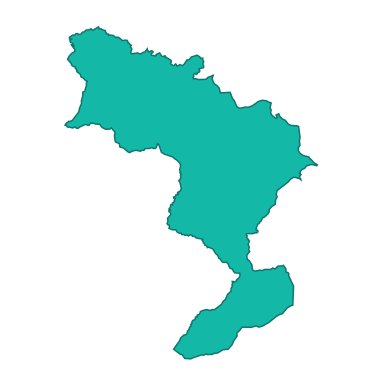 outline of San Calixto, Norte de Santander, Colombia, rotated 89°
{"feature_id": "7082276B87116730162989", "entity_name": "San Calixto", "entity_type": "district", "adm_level": 2, "iso_a3": "COL", "parent_name": "Colombia", "parent_adm1": "Norte de Santander", "projection": "orthographic", "projection_center": [-73.16, 8.446], "detail": "fine", "context": "isolated", "style": "filled", "palette": "teal", "viewbox_px": 384, "rotation_deg": 89, "n_neighbors": 0, "source": "geoboundaries", "source_scale": "gbopen_adm2", "svg_char_len": 5951}
<svg xmlns="http://www.w3.org/2000/svg" viewBox="0 0 384 384"><g transform="rotate(89 192 192)"><path d="M167.0,66.2L164.9,69.5L161.5,72.4L160.8,73.6L159.1,74.5L157.3,80.6L156.5,81.7L155.1,83.4L152.5,84.9L149.8,85.0L147.2,83.2L142.9,83.7L139.2,83.0L128.3,84.3L127.6,86.4L127.2,91.5L126.1,94.3L122.0,97.4L120.6,100.3L117.8,102.9L115.3,103.9L116.5,106.6L119.1,105.4L119.9,106.9L116.4,111.1L113.9,112.0L111.2,111.4L109.5,112.6L104.4,111.3L103.0,114.8L102.1,116.0L101.5,120.2L102.7,124.2L106.4,129.4L108.1,133.4L108.1,138.3L108.7,139.7L109.0,143.3L107.3,145.8L101.4,148.1L99.0,150.0L93.0,152.1L93.4,161.9L88.6,163.0L86.0,165.1L84.2,167.9L82.5,168.8L78.6,170.0L75.1,168.4L76.3,169.9L77.6,174.0L79.2,175.4L79.6,176.9L79.7,183.6L78.8,186.1L78.9,188.6L77.4,189.0L76.7,188.3L75.8,188.4L73.8,187.7L73.5,186.9L74.5,185.7L73.8,184.7L72.6,184.3L72.5,183.1L71.8,182.3L70.7,182.1L69.5,182.9L68.9,182.7L67.9,178.3L66.1,178.1L64.4,179.1L62.0,178.0L59.0,179.3L58.4,179.0L58.4,181.2L57.1,181.8L55.3,184.5L57.0,190.3L59.6,192.5L60.1,193.8L59.7,194.6L64.3,197.8L65.5,199.4L64.4,202.1L65.1,202.7L65.8,204.8L64.2,205.5L63.7,206.3L65.1,207.6L65.4,208.5L63.3,211.3L61.5,210.4L60.1,210.6L57.8,213.9L57.0,216.3L56.4,216.5L56.0,216.0L55.5,216.3L55.4,217.1L56.1,218.5L55.6,219.9L52.4,221.9L53.8,225.4L54.9,225.4L55.4,226.1L54.8,228.0L54.9,229.3L54.3,230.2L53.1,230.3L51.5,228.5L51.0,228.6L50.0,229.9L51.2,232.7L49.3,234.1L48.1,234.3L51.3,236.7L51.4,238.1L52.9,240.5L52.9,241.9L51.9,244.3L52.5,245.9L52.2,247.1L52.9,248.8L52.2,250.5L51.1,250.8L48.3,249.7L46.9,250.1L45.9,251.0L44.2,250.2L43.5,251.3L42.2,252.2L42.1,253.0L39.3,254.0L39.0,256.8L39.5,258.8L36.2,262.5L35.8,264.6L36.3,265.5L34.1,267.9L33.7,270.9L34.0,272.5L32.7,272.6L32.4,274.8L31.2,274.8L30.3,275.7L29.1,275.9L28.3,278.7L27.1,280.2L27.3,282.1L25.2,282.5L28.6,288.4L27.0,290.2L28.2,292.2L28.1,294.7L30.2,297.3L30.2,298.7L32.5,300.6L32.5,302.6L31.6,303.5L31.6,305.2L33.1,306.5L33.0,308.6L35.2,311.8L36.8,311.9L37.2,309.9L38.4,311.4L40.3,310.9L40.4,309.9L41.3,308.8L43.7,307.7L42.6,309.4L42.7,310.1L48.0,306.4L49.7,307.1L51.3,309.9L53.8,312.3L57.2,314.1L61.4,310.5L62.9,310.2L64.2,308.7L65.0,306.5L66.6,306.4L66.7,305.5L69.7,305.0L72.2,301.7L75.0,300.9L76.2,298.7L78.8,296.4L79.4,294.9L81.1,295.7L84.0,295.7L86.9,296.9L88.6,296.9L89.9,298.1L90.2,299.4L94.1,299.6L98.9,301.0L101.6,300.9L105.5,302.7L110.2,303.9L118.1,310.2L119.4,312.7L119.2,314.1L120.3,315.0L120.7,316.2L122.9,317.8L123.5,316.1L124.6,315.7L125.0,314.9L125.0,313.2L125.9,310.4L124.9,307.8L126.2,306.4L126.4,305.0L125.1,303.2L122.7,297.9L122.8,296.3L123.5,295.1L123.5,293.8L121.3,292.2L121.7,288.5L122.4,287.4L122.6,283.3L126.0,280.6L127.8,277.2L127.6,272.8L126.4,271.7L130.1,268.4L131.8,267.9L133.6,268.5L135.5,268.5L140.5,267.8L142.4,263.8L145.8,263.3L146.7,259.8L150.9,255.2L151.5,253.7L150.2,251.2L149.3,247.4L150.3,242.9L149.5,241.2L149.4,239.1L148.2,238.6L147.7,237.5L147.8,234.0L146.9,231.2L147.8,229.9L147.8,227.7L146.4,226.7L143.1,225.5L143.3,225.2L144.5,224.2L151.7,221.9L153.6,219.1L156.6,210.6L157.6,209.8L160.6,205.7L164.0,203.1L166.6,203.1L170.0,204.1L171.3,203.4L172.5,203.8L173.2,202.7L175.2,203.2L176.8,202.7L178.9,203.6L180.5,205.1L181.6,204.1L188.0,202.6L190.8,203.7L191.4,205.1L192.2,205.3L192.0,206.1L192.7,206.6L193.3,206.5L193.9,205.7L194.6,206.0L194.6,208.1L196.3,208.7L196.7,210.5L197.8,210.5L198.4,209.1L200.1,209.9L201.2,209.7L202.8,211.8L204.4,211.9L204.1,212.9L204.5,213.5L207.2,214.0L208.0,215.1L209.6,215.3L209.3,214.3L209.8,213.8L210.6,214.5L210.7,215.3L211.2,215.4L212.5,213.8L214.5,213.8L217.8,216.9L220.8,216.6L223.2,217.5L224.2,216.8L224.7,215.3L226.3,215.2L227.9,215.7L229.4,212.4L229.5,208.7L231.3,208.0L232.8,206.1L233.2,203.3L234.4,202.9L234.5,200.7L235.3,199.7L234.9,197.6L235.9,196.4L234.8,194.8L235.3,192.6L236.4,192.3L236.4,190.2L238.0,188.8L239.4,182.2L239.8,182.0L240.6,182.7L241.8,181.7L243.0,181.6L243.9,180.4L245.2,180.3L245.8,178.7L247.9,177.5L247.5,176.2L249.3,172.2L254.0,169.4L256.0,167.2L258.5,166.5L259.5,165.0L262.4,163.1L263.0,161.7L262.7,158.8L264.6,157.1L268.3,155.8L269.2,154.6L269.8,152.8L271.8,152.1L273.6,150.6L274.1,145.5L277.1,145.6L278.9,146.8L280.2,148.7L281.4,148.8L283.1,151.7L283.0,152.3L282.2,152.2L282.2,153.4L283.4,152.9L285.9,153.7L286.8,153.2L288.9,154.6L292.0,154.8L294.9,158.2L299.9,160.4L301.8,162.7L304.8,164.4L310.0,171.5L309.9,174.0L310.8,176.0L309.8,179.4L310.7,183.4L311.8,185.8L313.1,186.0L314.7,187.1L315.0,188.8L317.2,189.1L316.9,190.2L317.2,190.7L319.6,191.2L320.5,193.6L322.3,194.5L323.4,194.4L324.5,195.6L325.7,195.1L327.2,196.7L330.1,197.8L330.9,198.8L333.9,199.7L334.8,201.3L334.9,202.7L338.0,206.0L340.0,206.7L348.9,213.1L354.2,206.4L354.4,204.7L358.3,202.2L358.8,196.1L357.5,193.3L355.1,185.4L355.3,182.9L354.2,180.9L354.8,179.6L354.7,174.3L353.8,173.2L353.4,169.1L350.2,163.7L349.9,158.7L345.4,154.6L341.1,152.6L336.8,149.4L334.0,149.7L330.9,146.5L328.0,144.3L328.3,134.9L327.1,130.8L327.2,129.6L328.3,127.5L327.3,123.9L323.7,117.3L318.2,110.3L315.9,106.3L315.3,103.8L309.5,98.8L307.4,95.1L307.0,93.2L287.9,92.1L277.7,96.7L275.2,96.7L274.3,97.4L273.7,99.4L270.4,99.5L266.9,101.9L267.5,103.1L267.6,107.3L270.3,110.2L269.4,112.7L270.8,114.6L270.7,120.5L271.8,122.9L271.3,125.4L272.3,130.6L270.7,132.9L265.8,133.4L261.7,135.9L260.5,137.6L258.2,138.3L255.8,138.1L252.5,135.4L250.5,136.4L248.0,135.7L245.6,136.8L241.8,135.5L238.5,138.1L236.8,137.6L236.0,138.4L234.6,138.3L234.7,131.8L233.8,129.1L234.0,128.1L233.0,126.8L231.8,126.9L230.8,128.6L229.8,128.1L228.3,128.3L225.2,126.5L224.2,125.0L223.0,124.8L222.3,123.5L218.8,121.6L218.4,120.1L215.1,116.3L213.4,115.3L210.5,114.9L207.8,112.3L205.8,109.0L201.1,108.5L198.9,107.1L198.0,107.0L196.3,107.9L192.1,107.0L185.3,97.8L183.3,95.3L181.4,93.8L179.1,90.5L179.4,87.3L180.1,86.3L180.3,84.5L181.6,83.0L180.6,83.2L179.7,84.1L177.9,83.9L176.4,82.7L175.8,83.5L174.8,83.6L174.8,84.2L171.6,82.0L170.3,78.9L167.9,77.1L166.7,72.8L166.9,69.9L167.9,66.9L167.0,66.2Z" fill="#14b8a6" stroke="#0f766e" stroke-width="1.5"/></g></svg>